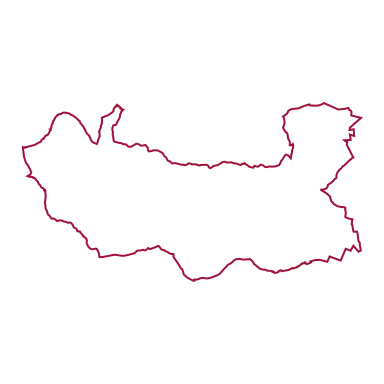 the district of Pestisu Mic, Hunedoara, Romania
{"feature_id": "2599482B25386537179631", "entity_name": "Pestisu Mic", "entity_type": "district", "adm_level": 2, "iso_a3": "ROU", "parent_name": "Romania", "parent_adm1": "Hunedoara", "projection": "albers", "projection_center": [22.828, 45.805], "detail": "fine", "context": "isolated", "style": "outline", "palette": "rose", "viewbox_px": 384, "rotation_deg": 0, "n_neighbors": 0, "source": "geoboundaries", "source_scale": "gbopen_adm2", "svg_char_len": 5962}
<svg xmlns="http://www.w3.org/2000/svg" viewBox="0 0 384 384"><path d="M101.8,117.7L102.1,119.0L102.1,120.2L101.7,121.9L102.1,122.9L100.8,126.1L100.9,127.3L99.7,129.9L99.3,131.6L99.0,131.7L99.7,133.2L99.5,134.2L99.7,136.4L98.6,138.6L98.4,139.7L97.8,140.9L97.8,141.8L96.8,144.0L93.0,142.4L90.9,140.0L90.6,138.6L89.3,136.3L89.4,135.8L86.9,133.6L85.2,130.3L85.1,129.3L84.2,128.6L83.7,127.1L82.0,125.1L81.5,124.1L80.6,123.5L79.6,121.0L78.9,120.6L76.2,117.9L73.7,116.3L73.0,115.6L70.4,114.4L69.7,113.6L64.9,112.6L63.0,112.7L60.9,114.0L59.1,114.2L56.9,115.5L56.7,116.2L55.6,116.9L53.7,120.8L53.1,121.2L52.7,123.4L52.2,123.9L51.7,124.9L51.6,125.9L51.2,126.8L51.4,127.3L51.0,128.0L51.1,128.5L50.5,129.0L50.5,129.6L50.0,129.6L50.5,130.4L50.0,130.8L48.1,134.5L47.3,135.3L46.5,135.2L45.7,135.6L45.2,136.2L45.1,136.8L43.7,138.0L43.7,138.7L43.0,138.9L41.5,139.9L41.3,141.0L40.8,141.6L34.4,145.0L28.1,146.6L26.8,147.3L25.9,147.0L25.4,147.6L24.6,147.3L23.9,147.9L23.6,148.0L23.0,147.5L23.1,149.5L24.0,156.7L25.8,162.5L28.1,165.6L29.1,167.8L29.9,168.8L31.3,172.5L30.2,174.7L27.6,176.1L29.8,176.9L32.7,177.0L33.0,177.8L34.8,178.1L35.3,179.1L37.8,181.5L38.6,183.8L39.5,184.4L39.8,185.0L40.4,185.5L40.9,186.9L41.7,187.7L43.0,188.1L43.8,188.7L43.9,190.0L44.3,190.5L44.9,189.9L45.4,190.4L45.3,194.2L45.8,195.3L44.9,203.0L45.4,204.9L45.5,207.4L45.9,209.2L47.2,211.6L47.6,213.8L48.3,214.8L49.8,216.0L51.3,218.5L51.8,218.7L53.2,218.5L54.7,219.0L57.3,221.1L59.5,220.3L62.0,220.6L64.1,221.6L66.0,221.9L68.1,222.8L69.8,222.5L71.3,223.1L72.9,225.2L73.4,226.8L74.2,227.7L76.1,228.5L76.6,229.1L77.2,231.0L77.7,231.4L79.3,231.3L80.0,231.6L80.5,233.0L81.5,233.4L82.7,235.4L83.3,235.8L83.5,236.2L83.4,236.7L84.5,237.0L86.3,238.5L86.4,239.3L86.7,239.7L87.0,240.8L86.6,241.9L86.8,243.7L88.6,247.1L90.6,248.8L92.4,249.3L95.8,248.6L96.7,248.9L98.0,251.0L99.1,254.2L99.4,256.9L100.0,257.2L103.7,256.8L114.7,254.7L122.9,255.9L127.5,255.1L134.6,253.2L136.8,251.0L138.4,250.5L140.1,250.5L143.1,249.8L144.3,250.3L145.4,250.3L147.2,249.1L148.2,248.0L149.6,249.0L150.7,248.9L156.2,246.9L158.0,245.8L159.0,246.3L161.4,249.5L164.4,250.2L165.3,251.1L166.8,251.6L170.4,253.8L173.4,254.0L173.4,256.8L177.3,262.4L179.4,265.6L180.3,267.5L181.1,268.4L181.9,268.8L182.8,270.7L183.7,274.2L184.1,274.8L187.2,277.6L193.6,280.9L194.5,280.7L194.3,279.6L197.4,279.5L200.8,278.1L203.8,278.0L207.1,278.5L211.0,277.7L217.6,275.1L219.6,273.9L225.2,267.7L226.2,267.1L226.8,266.0L228.1,264.7L230.9,263.3L234.9,259.7L236.3,259.2L239.4,258.9L243.3,259.6L248.4,259.3L249.8,258.9L251.6,260.4L253.3,262.5L254.2,264.3L255.3,264.7L256.7,266.2L258.2,267.1L258.5,267.7L259.9,268.7L262.3,269.5L265.0,269.7L267.9,270.8L271.7,270.9L273.3,271.7L272.9,272.0L274.9,272.9L276.7,272.7L278.3,272.0L278.6,271.8L278.8,270.9L280.5,270.4L281.2,270.3L281.6,271.2L289.0,269.9L292.3,268.0L292.9,268.5L297.4,267.1L297.5,266.5L299.2,266.0L301.7,263.8L302.4,264.6L302.1,263.6L302.3,263.4L304.0,263.0L304.6,263.9L304.3,262.8L305.1,263.8L304.6,262.6L305.2,262.3L305.9,263.6L307.0,264.2L311.1,262.4L310.5,261.3L315.9,260.0L320.1,259.9L327.3,261.8L329.6,256.5L340.7,260.6L345.7,248.8L350.6,250.7L350.8,249.7L352.1,248.1L353.4,245.8L358.6,251.7L359.4,251.1L360.8,250.6L360.4,248.0L359.7,244.7L359.9,244.1L359.9,243.5L359.6,242.4L358.9,241.9L358.5,241.2L357.4,232.9L356.9,231.6L353.6,231.7L353.3,231.0L352.0,223.8L351.7,223.8L352.2,219.8L352.4,219.3L349.2,218.7L345.3,217.1L345.4,215.2L345.9,213.5L345.1,209.0L345.4,207.8L344.0,207.1L341.7,207.1L337.4,206.2L334.1,204.2L333.3,203.4L332.7,202.3L332.3,202.3L331.4,201.3L330.4,198.4L330.1,196.6L327.8,194.5L327.5,194.0L321.1,190.0L321.2,189.6L323.0,189.7L326.6,188.2L327.3,187.1L327.9,185.7L327.9,184.8L331.0,182.9L332.4,181.5L333.1,181.2L334.4,179.2L336.4,177.9L336.5,174.9L336.9,173.7L337.7,171.9L339.2,170.4L339.3,169.9L341.1,168.5L342.9,166.1L344.2,165.5L349.9,159.8L350.9,159.5L351.6,158.3L353.3,157.5L346.9,145.0L347.2,141.7L345.7,141.5L344.3,140.3L350.7,139.9L349.9,134.6L354.1,135.9L353.7,129.3L349.5,130.0L349.9,127.7L361.0,117.9L351.2,115.4L351.5,111.8L350.9,110.7L349.3,110.0L348.7,108.2L347.9,107.9L345.3,108.8L338.4,109.5L323.9,103.1L321.8,104.4L318.4,105.5L315.3,105.7L310.0,105.4L309.5,104.4L309.3,104.4L304.2,105.9L298.8,108.3L291.6,109.1L288.5,110.6L287.9,112.1L286.6,114.1L285.5,114.6L284.6,115.7L283.0,116.4L284.2,118.9L284.6,122.9L284.0,125.1L283.0,127.8L285.4,131.7L287.2,133.2L287.8,135.8L288.1,138.5L289.1,140.2L289.9,142.4L289.7,144.9L290.8,145.3L291.6,144.8L291.4,145.2L293.1,144.8L293.2,147.1L292.3,149.9L291.8,153.3L291.3,154.1L291.5,154.4L290.8,158.3L289.0,156.2L287.7,155.2L285.8,154.6L284.1,156.6L282.9,159.0L281.4,160.6L279.4,165.0L275.4,166.4L271.4,166.7L269.5,166.4L266.6,167.2L264.8,166.8L262.8,165.2L260.8,164.7L257.9,166.7L256.1,166.4L254.4,165.8L253.3,167.7L249.1,166.7L248.6,166.0L245.8,164.2L244.7,163.2L244.4,163.8L242.0,163.9L241.5,164.6L240.3,165.0L236.7,163.6L234.1,163.3L231.1,162.3L227.1,162.6L225.0,161.7L222.2,162.2L221.2,163.1L217.2,165.4L216.3,165.3L213.2,166.2L212.5,167.0L210.3,168.1L209.4,167.8L207.9,165.4L206.7,164.8L200.9,165.0L199.2,165.5L197.0,164.8L196.2,164.3L192.5,164.4L188.9,163.2L186.2,165.0L185.1,165.2L183.0,164.7L180.0,164.5L178.4,163.8L174.9,163.1L172.1,163.4L169.8,161.3L167.8,160.6L167.1,159.6L166.3,157.7L164.4,156.1L162.9,153.5L161.6,152.5L157.7,150.4L153.4,150.3L151.8,151.0L148.9,151.4L147.8,149.7L147.8,148.1L147.6,147.6L145.5,145.0L142.0,145.7L140.5,145.4L139.4,144.6L137.0,143.7L135.8,144.0L131.0,146.8L128.5,146.6L127.8,146.2L126.8,145.1L125.7,144.3L123.0,144.2L121.6,143.2L118.7,142.8L114.0,141.4L113.6,140.2L113.4,138.0L112.6,134.0L113.0,132.8L112.3,129.1L112.3,128.1L113.4,125.2L115.6,125.0L116.2,124.6L117.2,122.1L119.2,118.6L119.8,117.1L120.3,113.8L121.0,113.0L121.1,111.9L123.3,109.7L121.9,109.2L121.6,109.4L120.3,108.3L120.7,107.8L117.2,104.9L117.0,105.4L117.5,106.1L116.2,105.8L116.0,106.6L114.9,107.1L113.9,108.8L113.4,110.3L113.4,111.3L112.5,112.2L108.3,115.1L101.8,117.7Z" fill="none" stroke="#9f1239" stroke-width="2"/></svg>